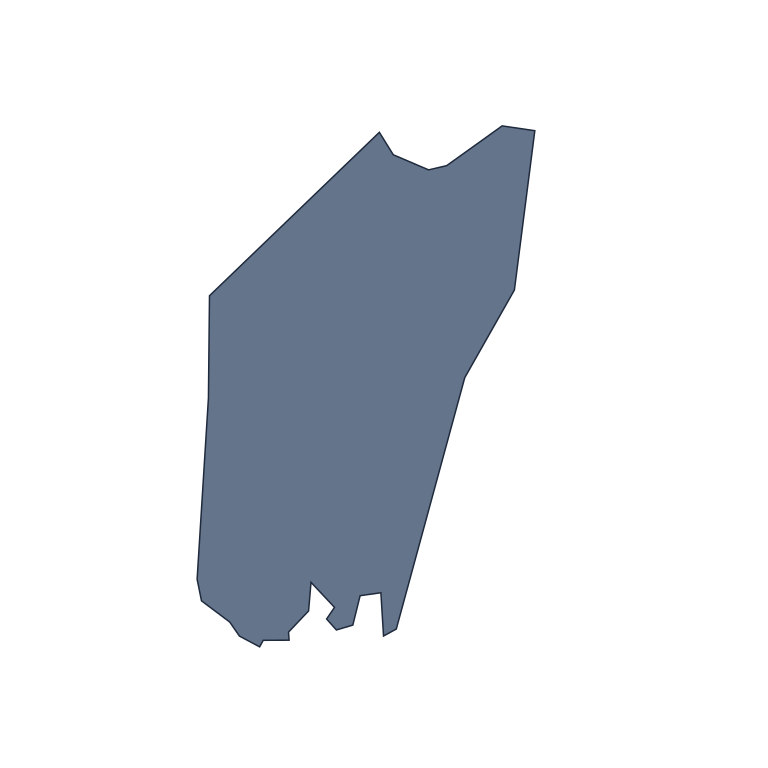 Webster, Kentucky, United States of America, rotated 319°
{"feature_id": "52423323B51645732520918", "entity_name": "Webster", "entity_type": "district", "adm_level": 2, "iso_a3": "USA", "parent_name": "United States of America", "parent_adm1": "Kentucky", "projection": "equal_earth", "projection_center": [-87.761, 37.499], "detail": "fine", "context": "isolated", "style": "filled", "palette": "slate", "viewbox_px": 768, "rotation_deg": 319, "n_neighbors": 0, "source": "geoboundaries", "source_scale": "gbopen_adm2", "svg_char_len": 519}
<svg xmlns="http://www.w3.org/2000/svg" viewBox="0 0 768 768"><g transform="rotate(319 384 384)"><path d="M114.9,408.7L104.0,427.9L111.4,462.5L109.5,479.4L117.7,500.8L124.7,498.2L144.3,515.1L149.2,508.6L178.2,505.8L198.8,485.8L200.1,520.1L186.5,523.7L186.7,538.4L202.3,545.5L227.1,528.1L244.7,539.5L218.3,573.9L232.5,577.0L449.1,432.2L544.1,398.6L664.0,291.8L642.5,266.7L574.5,260.3L558.1,251.6L541.4,217.1L545.6,191.0L310.2,202.9L242.2,279.5L114.9,408.7Z" fill="#64748b" stroke="#1e293b" stroke-width="1.5"/></g></svg>